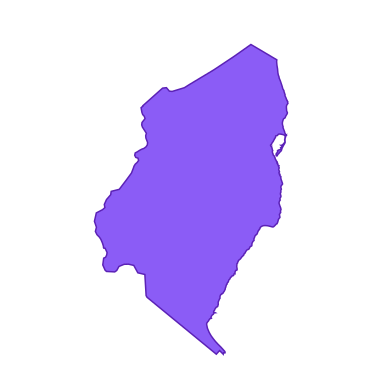 Al Madaribah Wa Al Aarah, Lahij, Yemen, rotated 280°
{"feature_id": "15242507B42929104515356", "entity_name": "Al Madaribah Wa Al Aarah", "entity_type": "district", "adm_level": 2, "iso_a3": "YEM", "parent_name": "Yemen", "parent_adm1": "Lahij", "projection": "albers", "projection_center": [43.959, 12.857], "detail": "fine", "context": "isolated", "style": "filled", "palette": "violet", "viewbox_px": 384, "rotation_deg": 280, "n_neighbors": 0, "source": "geoboundaries", "source_scale": "gbopen_adm2", "svg_char_len": 5972}
<svg xmlns="http://www.w3.org/2000/svg" viewBox="0 0 384 384"><g transform="rotate(280 192 192)"><path d="M37.7,250.9L38.5,250.8L39.1,251.0L39.3,251.2L39.1,251.5L39.2,252.3L39.4,252.5L40.6,252.1L44.2,247.5L46.7,243.9L49.0,240.9L51.2,238.4L53.8,235.7L56.7,233.3L60.4,230.9L63.9,229.5L64.7,229.3L65.6,229.4L67.1,230.1L67.8,230.6L69.6,231.2L70.0,231.4L70.1,231.7L70.7,232.1L71.0,232.6L70.9,233.3L70.7,233.6L70.9,233.4L71.1,232.6L71.1,233.0L71.2,232.6L71.5,232.5L73.0,232.6L73.5,232.9L74.4,233.3L75.4,234.3L76.0,234.4L76.5,234.4L76.8,235.0L77.1,235.9L77.2,235.6L76.5,234.4L77.4,234.1L78.0,234.1L78.7,234.2L78.9,234.5L79.4,234.6L79.7,234.8L80.6,234.9L81.5,235.2L82.0,235.6L82.5,235.7L82.8,236.0L83.4,236.9L83.8,237.1L84.3,237.3L85.0,237.2L85.7,237.4L88.1,236.9L91.6,237.7L92.0,238.0L94.2,237.7L95.6,238.0L96.0,238.2L96.2,238.6L96.8,238.9L96.8,239.2L97.3,239.4L97.3,239.6L97.9,240.2L98.7,240.4L100.2,241.1L102.2,241.6L103.2,241.5L104.2,241.8L105.0,241.8L105.4,241.9L106.0,241.9L106.5,242.0L107.3,242.5L107.8,242.4L108.5,242.6L109.2,242.8L109.6,243.3L111.5,243.5L112.2,243.8L112.7,244.3L114.6,244.8L115.2,245.5L116.4,246.1L116.6,246.8L116.9,246.9L117.0,247.3L117.7,247.6L118.3,247.6L118.8,247.7L119.2,248.2L119.1,248.5L120.4,248.3L121.6,248.4L122.5,248.9L122.5,249.1L122.7,249.3L122.7,249.7L123.0,249.8L123.8,249.9L126.3,249.0L129.2,248.7L129.9,249.2L131.0,249.2L131.5,249.5L132.5,249.6L132.7,249.9L133.1,250.0L134.5,251.3L137.0,252.5L137.6,253.1L138.5,253.5L138.6,253.8L140.2,254.1L140.5,254.2L140.6,254.5L141.4,255.0L142.6,255.2L143.1,255.5L144.1,255.9L145.1,256.9L145.1,257.1L145.4,257.8L145.7,257.8L146.5,258.3L147.8,258.5L148.0,258.8L149.0,259.6L149.1,260.0L149.4,260.2L150.0,260.2L151.8,260.0L154.0,260.6L154.6,261.2L155.1,261.5L155.6,261.3L156.9,261.1L157.7,261.4L159.3,261.6L159.9,261.8L160.3,262.2L160.8,262.3L161.1,262.7L161.6,263.2L163.1,263.6L164.2,263.7L164.6,263.9L165.3,264.0L166.4,264.7L166.8,264.7L166.9,264.9L167.3,265.0L167.7,265.3L168.2,265.2L168.7,265.3L169.3,265.6L170.4,266.7L170.7,267.2L171.1,267.8L171.6,269.5L171.9,272.1L171.8,274.4L171.6,276.6L171.6,277.8L172.0,278.4L172.6,278.9L175.5,280.9L175.5,281.2L175.7,281.3L177.5,281.7L177.9,281.6L178.4,281.8L179.7,281.8L180.0,282.0L180.7,282.1L182.1,283.0L183.3,282.7L184.9,282.0L185.3,282.0L185.7,282.3L186.6,282.5L187.1,282.9L187.7,282.6L188.6,282.6L189.1,282.4L189.6,282.6L190.3,282.7L191.0,282.3L191.4,282.3L193.7,280.9L196.2,279.6L197.0,279.6L198.5,279.8L199.4,280.3L200.0,279.9L200.9,279.7L202.8,280.4L204.0,280.1L205.1,279.5L206.0,279.3L207.0,279.4L207.3,279.6L208.8,279.2L210.1,279.4L210.3,279.5L212.2,278.6L213.8,278.8L214.1,279.0L214.3,279.2L215.0,279.5L215.5,279.8L216.5,279.5L216.9,279.2L218.8,278.2L219.9,277.5L220.2,277.5L221.1,277.0L221.8,276.9L222.3,277.0L222.7,276.7L222.9,276.4L223.1,276.3L223.2,276.0L223.4,275.7L223.7,275.6L224.0,275.6L223.9,275.5L224.3,275.2L224.8,275.0L225.2,274.7L226.3,274.3L227.0,274.7L229.2,273.5L229.6,273.4L230.7,273.7L231.1,273.6L231.3,273.3L232.2,273.1L232.5,272.7L232.9,272.9L232.9,272.6L233.2,272.6L233.7,271.9L234.1,271.5L234.6,271.6L235.0,270.9L235.2,270.7L235.8,270.6L235.9,270.9L236.4,270.7L236.6,270.4L236.6,270.1L237.1,269.9L237.2,269.7L238.1,269.1L238.8,268.4L239.5,268.0L239.9,268.0L240.2,267.7L240.8,267.2L241.4,267.1L241.7,266.8L242.6,265.5L243.6,265.2L243.8,264.9L244.3,264.7L245.3,264.2L246.1,264.1L246.8,264.3L247.3,263.9L248.0,263.7L248.4,263.4L248.9,263.3L250.6,262.4L250.8,262.4L250.6,262.0L251.4,261.3L251.8,261.2L252.4,261.5L252.7,262.0L253.6,262.1L256.2,263.3L257.2,263.5L258.1,264.0L259.1,264.0L259.7,264.6L260.1,264.7L261.5,264.7L261.9,264.8L262.4,266.2L263.0,266.6L263.6,266.8L264.0,267.2L264.3,268.2L264.4,269.3L264.3,271.6L264.1,272.8L263.5,273.8L262.6,274.2L262.2,274.1L260.9,274.3L260.2,274.1L259.6,274.3L259.4,274.2L259.0,274.3L258.3,274.6L257.2,274.8L254.3,273.1L253.5,272.0L253.4,271.6L253.0,272.4L252.2,272.7L251.6,272.3L251.1,271.6L250.2,272.3L249.9,272.3L249.6,272.1L248.4,270.0L248.0,269.5L247.9,269.9L246.9,269.2L246.1,269.2L245.5,269.0L244.8,268.4L243.8,268.2L243.4,268.4L243.0,268.7L242.8,268.5L242.5,268.6L242.2,269.3L242.6,269.7L243.6,269.8L245.3,271.0L246.2,271.4L248.2,272.8L250.8,273.1L253.7,274.0L256.0,274.9L257.1,275.1L259.1,274.6L259.5,274.5L261.0,274.4L262.6,274.6L262.8,274.4L263.2,274.3L263.7,274.4L263.7,274.7L264.1,275.0L263.9,275.0L264.2,275.2L264.8,274.4L265.9,273.5L266.4,273.1L267.1,272.9L270.1,271.1L271.4,270.4L272.1,270.4L273.0,269.9L274.4,269.3L275.7,269.0L277.1,269.0L279.5,269.3L280.0,269.5L280.7,270.2L280.8,270.5L281.4,270.8L282.6,271.1L282.9,271.1L284.7,271.8L284.8,271.9L286.2,272.2L286.9,272.1L287.4,271.7L288.4,271.1L292.0,270.2L293.0,270.1L294.3,270.3L295.9,271.1L296.5,270.7L297.5,270.7L297.8,270.3L298.2,270.0L298.7,269.6L298.8,269.7L299.7,268.9L300.8,268.4L301.1,268.1L302.8,267.0L303.6,266.7L304.2,266.7L305.4,265.9L305.8,265.8L306.8,265.2L307.8,264.9L309.4,263.5L311.8,262.4L316.8,259.7L319.3,258.1L320.5,257.7L322.4,256.6L324.6,255.8L328.0,254.9L331.7,253.6L335.1,252.7L336.9,252.6L347.5,224.4L332.2,209.2L316.1,192.3L297.4,170.8L293.4,166.4L287.6,155.0L287.4,152.2L290.3,148.7L289.2,145.0L268.4,128.6L268.1,128.8L266.2,127.2L261.8,128.8L259.7,130.0L258.2,131.9L256.1,133.0L251.8,130.7L249.4,130.8L247.3,131.9L241.9,136.9L239.5,136.6L237.2,137.2L233.0,139.7L230.5,139.8L228.4,138.8L226.6,137.1L225.4,135.0L223.8,133.0L222.2,131.3L220.6,129.3L218.2,129.2L216.3,130.6L215.9,133.0L213.7,133.9L211.5,132.8L209.6,131.3L207.4,130.4L205.3,130.1L200.2,129.1L192.9,125.5L182.0,119.9L178.6,112.3L175.2,112.4L169.7,109.1L164.5,107.8L161.5,108.9L159.1,107.0L154.8,101.4L146.2,101.0L140.7,104.0L136.4,103.7L133.5,105.8L131.4,108.7L129.5,110.5L126.3,112.6L123.0,114.3L122.4,114.3L121.4,114.9L121.5,116.2L117.6,118.9L115.0,118.9L112.7,118.2L111.5,116.5L104.7,116.8L99.9,120.0L98.9,121.6L99.9,129.8L101.6,131.5L106.0,133.0L109.0,137.7L109.9,142.0L109.6,147.4L103.0,152.7L102.6,159.9L82.0,164.8L80.5,166.0L36.5,244.1L40.6,246.7L37.7,250.9Z" fill="#8b5cf6" stroke="#5b21b6" stroke-width="1.5"/></g></svg>